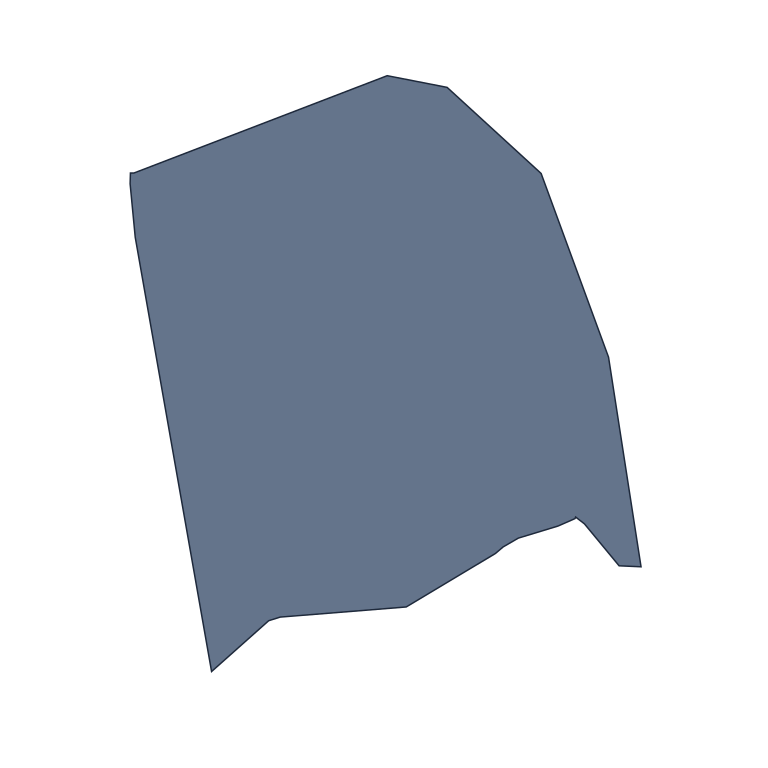 Saint Michael, orthographic projection, rotated 187°
{"feature_id": "BRB-1996", "entity_name": "Saint Michael", "entity_type": "Parish", "adm_level": 1, "iso_a3": "BRB", "parent_name": "Barbados", "parent_adm1": "", "projection": "orthographic", "projection_center": [-59.609, 13.123], "detail": "fine", "context": "isolated", "style": "filled", "palette": "slate", "viewbox_px": 768, "rotation_deg": 187, "n_neighbors": 0, "source": "natural_earth", "source_scale": "10m", "svg_char_len": 434}
<svg xmlns="http://www.w3.org/2000/svg" viewBox="0 0 768 768"><g transform="rotate(187 384 384)"><path d="M418.4,690.4L357.5,686.1L253.7,612.1L164.4,438.0L106.6,233.9L128.5,232.2L168.0,269.6L177.6,275.3L178.0,273.7L193.8,264.3L231.9,247.4L245.9,236.8L252.7,229.4L334.8,165.4L458.6,140.0L469.6,135.0L520.1,77.6L648.8,499.3L660.4,551.8L661.4,562.5L658.0,562.9L418.4,690.4Z" fill="#64748b" stroke="#1e293b" stroke-width="1.5"/></g></svg>